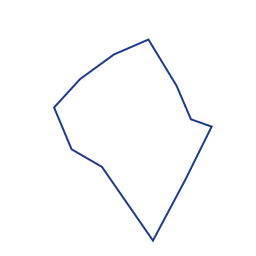 SVG path tracing the border of Saint John, rotated 298°
{"feature_id": "GRD-5073", "entity_name": "Saint John", "entity_type": "Parish", "adm_level": 1, "iso_a3": "GRD", "parent_name": "Grenada", "parent_adm1": "", "projection": "orthographic", "projection_center": [-61.707, 12.147], "detail": "fine", "context": "isolated", "style": "outline", "palette": "blue", "viewbox_px": 256, "rotation_deg": 298, "n_neighbors": 0, "source": "natural_earth", "source_scale": "10m", "svg_char_len": 302}
<svg xmlns="http://www.w3.org/2000/svg" viewBox="0 0 256 256"><g transform="rotate(298 128 128)"><path d="M40.3,202.9L81.4,123.3L82.7,88.2L111.4,53.1L148.9,62.8L186.4,81.1L215.7,104.5L188.0,151.2L165.2,179.5L168.5,201.2L109.8,202.9L40.3,202.9Z" fill="none" stroke="#1e3a8a" stroke-width="2"/></g></svg>